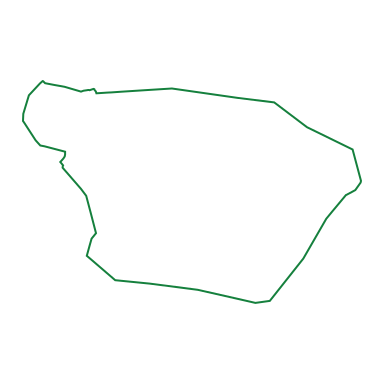 Santa María Camotlán, Oaxaca, Mexico
{"feature_id": "50627088B71513516821399", "entity_name": "Santa María Camotlán", "entity_type": "district", "adm_level": 2, "iso_a3": "MEX", "parent_name": "Mexico", "parent_adm1": "Oaxaca", "projection": "mercator", "projection_center": [-97.677, 17.867], "detail": "fine", "context": "isolated", "style": "outline", "palette": "green", "viewbox_px": 384, "rotation_deg": 0, "n_neighbors": 0, "source": "geoboundaries", "source_scale": "gbopen_adm2", "svg_char_len": 916}
<svg xmlns="http://www.w3.org/2000/svg" viewBox="0 0 384 384"><path d="M274.2,102.4L237.7,97.9L171.9,88.5L149.6,89.9L121.5,91.7L111.5,92.4L107.1,92.6L104.2,92.8L96.4,93.3L95.8,91.4L94.6,90.1L94.4,89.3L94.1,89.1L93.7,88.9L93.2,89.0L89.6,90.2L88.9,90.0L88.1,90.0L86.4,90.3L83.6,90.7L81.0,91.6L64.6,86.8L60.8,86.1L54.5,85.0L45.1,83.2L43.1,81.2L42.6,81.1L39.9,83.5L28.9,95.3L23.3,113.8L23.0,121.0L24.0,122.4L29.9,131.5L35.6,140.3L37.4,142.3L40.3,145.5L44.5,146.3L65.1,151.7L65.1,154.5L64.7,156.5L63.4,158.5L60.3,162.0L63.1,165.4L62.8,166.0L62.7,166.9L62.6,167.7L65.3,170.8L81.0,188.9L86.2,195.8L90.6,212.4L96.0,233.2L91.6,238.6L89.8,244.9L86.8,255.8L88.1,256.9L115.2,280.2L149.6,283.6L197.7,289.8L244.5,300.4L255.4,302.9L269.8,300.9L303.3,258.6L326.3,218.7L332.9,210.7L345.9,195.1L346.0,195.1L355.3,190.1L360.6,182.6L361.0,180.9L352.6,149.5L307.0,127.2L274.2,102.4Z" fill="none" stroke="#15803d" stroke-width="2"/></svg>